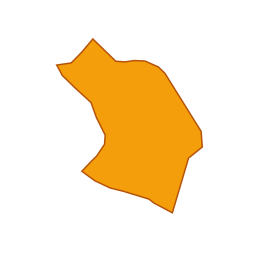 Sant Julià de Lòria, Natural Earth projection, rotated 231°
{"feature_id": "AND-4882", "entity_name": "Sant Julià de Lòria", "entity_type": "state/province", "adm_level": 1, "iso_a3": "AND", "parent_name": "Andorra", "parent_adm1": "", "projection": "natural_earth1", "projection_center": [1.502, 42.473], "detail": "fine", "context": "isolated", "style": "filled", "palette": "amber", "viewbox_px": 256, "rotation_deg": 231, "n_neighbors": 0, "source": "natural_earth", "source_scale": "10m", "svg_char_len": 503}
<svg xmlns="http://www.w3.org/2000/svg" viewBox="0 0 256 256"><g transform="rotate(231 128 128)"><path d="M147.3,191.1L79.4,182.7L66.5,173.8L66.5,156.1L34.2,109.1L53.2,101.0L59.6,99.5L81.7,84.6L92.6,76.4L107.6,69.1L123.4,64.9L125.1,77.5L125.9,85.9L130.1,99.5L136.8,105.8L155.9,110.0L171.0,115.3L191.8,112.2L210.1,110.0L221.8,112.2L214.3,124.8L216.0,139.5L219.3,156.7L187.6,160.5L181.4,167.1L176.5,175.3L169.4,183.3L156.4,190.0L147.3,191.1Z" fill="#f59e0b" stroke="#b45309" stroke-width="1.5"/></g></svg>